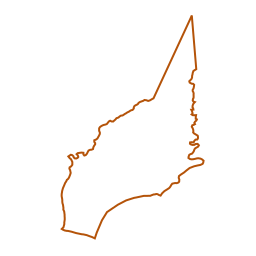 Salvaterra, Pará, Brazil, rotated 86°
{"feature_id": "56859067B73547527408791", "entity_name": "Salvaterra", "entity_type": "district", "adm_level": 2, "iso_a3": "BRA", "parent_name": "Brazil", "parent_adm1": "Pará", "projection": "robinson", "projection_center": [-48.631, -0.813], "detail": "fine", "context": "isolated", "style": "outline", "palette": "amber", "viewbox_px": 256, "rotation_deg": 86, "n_neighbors": 0, "source": "geoboundaries", "source_scale": "gbopen_adm2", "svg_char_len": 3192}
<svg xmlns="http://www.w3.org/2000/svg" viewBox="0 0 256 256"><g transform="rotate(86 128 128)"><path d="M224.1,201.1L224.9,200.0L225.8,198.3L226.3,196.5L226.5,195.0L227.5,191.6L229.2,187.1L230.8,181.4L231.0,180.0L232.0,176.6L232.7,175.1L233.3,173.8L234.3,171.4L235.8,168.8L230.2,166.5L218.2,160.4L210.4,154.8L203.8,143.4L200.1,134.9L198.1,126.7L197.9,124.7L196.8,116.9L197.2,110.6L196.6,108.8L196.1,107.1L196.1,105.8L195.8,104.4L196.1,103.1L197.0,101.8L197.7,100.2L195.6,98.6L193.5,96.1L191.8,92.9L190.7,91.0L189.5,89.9L187.7,88.7L186.6,87.7L186.2,85.0L186.4,83.1L185.9,81.5L185.1,80.7L183.0,80.4L181.3,80.9L179.5,80.5L178.2,78.6L176.3,75.2L174.6,72.9L172.2,69.3L170.8,64.7L170.2,61.0L169.9,58.4L169.0,56.1L167.9,55.4L165.9,54.9L164.5,56.3L163.6,57.8L163.1,59.9L163.1,61.2L163.5,63.5L163.7,65.3L163.7,66.7L163.3,68.3L162.1,69.8L160.7,69.5L159.0,68.7L158.4,67.4L158.1,66.0L157.0,64.9L155.8,64.0L153.9,63.2L152.9,62.3L151.5,59.4L150.2,58.5L148.7,59.7L148.7,61.7L149.4,62.8L149.4,64.7L148.9,66.2L148.0,67.3L146.7,67.1L146.6,65.6L146.9,63.5L145.4,62.7L144.3,61.4L144.3,59.7L143.3,59.0L141.9,58.8L140.5,59.0L138.0,62.5L137.0,63.3L135.6,63.0L134.1,63.1L132.5,63.6L131.2,64.3L129.8,63.7L129.4,62.1L128.8,60.9L127.6,61.5L126.4,60.7L125.2,59.2L124.2,58.7L123.5,59.8L121.5,59.6L119.9,59.2L119.9,60.9L119.7,62.6L118.9,63.6L118.1,62.6L117.0,62.7L115.6,63.0L114.2,63.6L114.2,61.5L112.9,61.6L111.9,62.2L110.3,62.0L108.7,61.3L107.8,60.6L106.8,59.5L106.2,60.9L105.1,61.5L103.6,61.2L102.5,60.5L100.7,60.3L99.6,60.3L98.1,60.1L96.9,60.3L95.6,60.9L94.4,60.8L93.3,60.0L92.2,59.6L90.6,59.2L89.5,59.0L88.5,59.9L88.2,61.5L87.0,63.3L85.6,63.6L83.6,61.3L82.2,60.6L80.4,60.4L79.0,59.9L77.6,59.6L75.7,58.8L74.9,57.4L74.1,55.8L35.8,56.3L20.2,56.5L23.4,58.2L100.2,100.5L100.7,101.7L101.4,103.1L102.0,104.3L102.4,106.0L101.6,107.7L101.2,109.6L101.9,110.8L102.9,114.3L103.7,115.7L104.8,116.5L105.4,117.6L105.9,119.0L106.6,120.1L107.8,120.8L109.0,120.9L110.3,122.2L110.5,123.5L111.0,124.7L111.7,125.8L112.5,127.8L113.3,129.1L113.8,130.3L114.5,131.4L115.1,132.5L115.2,134.3L116.0,135.7L116.9,136.8L117.4,138.8L118.6,139.9L120.5,142.4L120.3,144.0L119.5,145.3L120.1,146.6L122.6,148.9L123.0,150.3L123.3,152.3L124.1,154.3L125.1,155.9L126.3,156.8L128.8,157.0L130.5,156.4L131.9,156.5L133.7,157.5L135.0,158.4L136.3,159.2L137.2,160.5L137.9,162.5L139.5,162.6L140.8,161.8L142.0,161.9L143.3,163.0L144.8,163.9L146.6,164.4L147.1,165.9L147.1,167.3L147.7,168.9L148.9,169.7L150.8,170.8L152.1,172.1L152.4,173.5L151.3,174.3L149.6,174.2L149.3,176.0L149.4,178.1L149.6,180.0L150.5,181.1L151.8,180.0L153.4,179.6L154.3,180.4L154.8,181.7L154.6,183.2L153.5,184.2L152.4,184.4L151.2,185.5L150.7,186.9L152.2,189.5L154.1,188.2L155.2,187.0L158.0,185.9L160.8,186.1L162.3,187.4L163.2,189.0L164.5,189.3L165.9,188.7L167.4,188.5L168.8,188.3L170.6,189.0L173.3,190.3L174.6,191.3L175.5,192.6L177.0,193.4L178.4,194.5L179.6,195.1L181.2,195.9L183.5,197.1L186.3,198.1L187.8,198.4L189.0,198.7L190.5,198.9L191.8,198.9L194.3,198.6L195.8,198.6L197.1,198.7L198.5,198.6L200.2,198.2L203.2,198.0L204.9,198.2L206.7,197.5L210.1,197.3L211.5,197.4L213.1,197.4L214.9,197.5L218.1,198.2L219.3,198.2L222.5,199.3L224.1,201.1Z" fill="none" stroke="#b45309" stroke-width="2"/></g></svg>